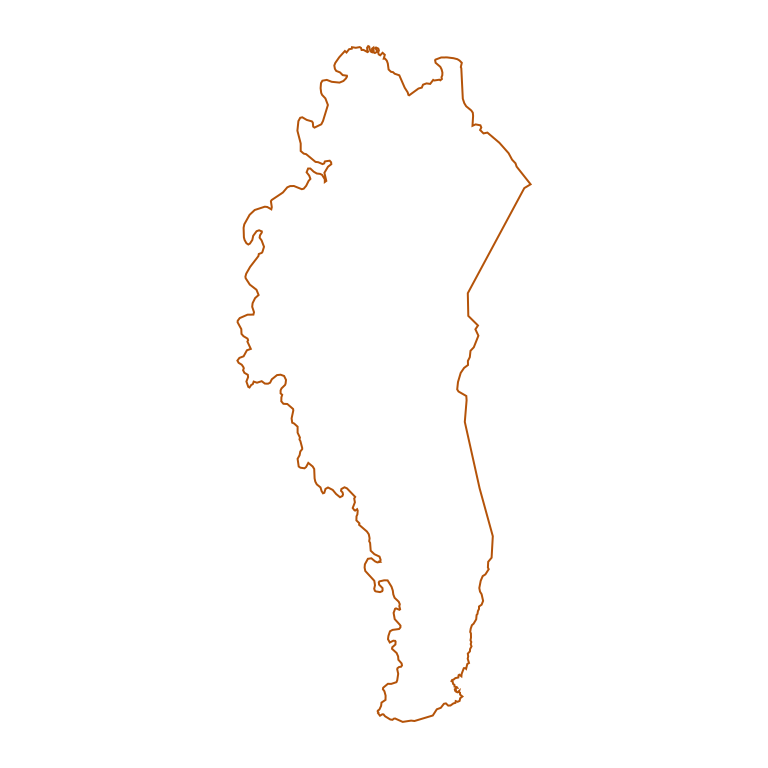 Indenie-Djuablin, Comoe, Ivory Coast
{"feature_id": "98640826B87987908031267", "entity_name": "Indenie-Djuablin", "entity_type": "district", "adm_level": 2, "iso_a3": "CIV", "parent_name": "Ivory Coast", "parent_adm1": "Comoe", "projection": "robinson", "projection_center": [-3.502, 6.624], "detail": "fine", "context": "isolated", "style": "outline", "palette": "amber", "viewbox_px": 768, "rotation_deg": 0, "n_neighbors": 0, "source": "geoboundaries", "source_scale": "gbopen_adm2", "svg_char_len": 6032}
<svg xmlns="http://www.w3.org/2000/svg" viewBox="0 0 768 768"><path d="M355.8,47.8L352.0,47.2L351.8,48.7L349.1,49.2L346.5,52.5L344.9,51.0L339.2,57.3L335.3,62.9L334.3,65.5L334.9,68.8L336.2,70.9L340.0,72.4L342.7,75.1L346.9,75.7L347.0,76.6L345.9,78.5L343.4,81.0L339.5,82.6L331.7,81.8L326.8,79.9L322.4,80.7L321.0,83.1L320.6,88.2L321.2,92.9L322.1,94.9L325.4,98.4L327.9,105.0L323.0,121.0L321.3,124.3L314.5,127.6L313.2,126.6L312.8,122.6L311.9,121.4L306.7,119.9L302.3,117.3L300.2,117.8L298.4,121.1L297.4,130.7L300.7,143.5L300.7,151.0L303.7,153.6L306.2,154.2L315.5,161.9L318.2,162.2L322.6,164.1L324.2,163.4L324.8,161.5L325.5,161.3L329.7,160.7L331.1,162.3L331.3,164.2L328.0,166.7L324.4,172.8L326.3,180.9L324.8,182.0L324.8,179.3L322.1,174.9L320.1,173.9L316.8,173.5L313.7,171.7L310.3,168.5L308.1,168.5L306.6,172.3L309.2,175.6L310.4,178.9L308.6,180.9L306.2,185.8L303.7,188.7L301.8,189.2L293.9,186.0L290.1,186.1L287.3,187.3L282.9,192.5L271.7,200.0L270.9,201.2L271.8,207.1L271.3,209.3L267.3,207.0L264.8,206.7L254.7,210.0L249.6,214.8L244.3,224.3L243.6,227.8L243.9,237.3L244.6,240.0L246.4,243.2L248.3,244.5L249.9,243.6L252.3,240.0L253.2,235.8L256.6,231.2L259.1,230.3L261.8,231.4L261.8,232.5L260.0,235.3L259.6,237.7L261.6,240.4L264.0,246.8L262.4,252.0L261.7,252.9L258.8,254.0L258.4,256.1L250.1,266.9L246.2,273.7L245.4,276.7L245.7,278.3L249.8,284.6L256.5,289.8L258.6,295.0L255.1,298.1L252.6,303.2L252.2,306.8L254.0,312.2L253.4,314.6L247.5,314.7L239.7,318.1L237.7,320.8L237.6,322.3L241.3,329.1L241.5,333.9L243.5,336.2L247.5,338.6L248.1,340.2L247.4,341.6L250.8,348.9L246.9,350.3L243.6,356.3L239.4,357.9L237.4,360.6L238.6,362.8L241.7,364.7L243.2,366.8L243.8,368.2L243.1,370.2L244.4,372.8L247.8,374.8L248.1,377.1L246.4,381.5L248.3,386.9L249.5,387.5L251.2,385.0L252.8,384.1L253.7,381.6L257.0,382.7L261.7,381.2L264.9,383.6L268.0,383.7L270.1,382.7L271.8,379.3L277.0,375.1L280.6,374.7L284.1,376.0L286.0,379.9L285.6,383.4L285.1,384.9L281.5,388.4L280.6,390.4L280.6,393.4L282.2,394.8L281.4,397.3L281.3,401.3L283.4,403.8L287.3,404.0L293.1,409.0L293.3,410.5L291.6,418.4L292.2,422.7L294.1,423.5L297.6,426.7L297.6,432.7L299.9,437.5L299.5,439.5L300.4,441.1L302.2,448.0L302.2,449.1L300.3,451.5L299.6,455.2L297.6,458.8L298.7,466.5L300.4,467.7L304.5,468.3L306.1,467.0L308.3,462.9L312.7,466.5L314.2,469.0L314.6,478.4L315.3,481.6L316.8,484.4L320.5,487.4L321.6,491.1L323.0,493.3L324.3,492.8L325.5,488.9L328.0,487.5L332.7,489.9L336.1,494.0L340.0,497.2L342.4,496.0L343.0,494.5L342.6,492.5L341.0,490.8L341.4,489.0L344.5,487.3L346.9,488.3L355.2,496.9L354.2,498.5L354.9,502.3L352.7,508.0L354.4,510.2L355.1,510.6L357.1,509.2L357.7,510.7L357.4,514.4L356.5,516.3L356.4,520.4L359.4,523.3L359.1,524.8L366.9,531.5L368.8,534.3L369.6,538.3L369.2,541.2L370.1,542.9L370.7,550.7L374.4,554.2L379.5,556.6L380.6,559.8L380.4,561.0L379.6,561.3L380.2,561.9L377.3,562.4L375.1,561.4L371.4,558.3L367.9,558.8L364.9,564.3L364.6,567.6L365.3,571.0L374.3,580.8L375.0,585.3L374.2,588.7L374.9,590.8L375.8,591.4L380.0,592.1L382.2,591.2L382.6,590.2L382.5,588.1L379.1,584.6L378.8,582.3L379.4,581.4L384.2,580.3L387.6,580.4L391.5,586.7L392.8,590.6L393.3,594.4L394.6,597.8L398.7,601.7L399.8,604.2L399.3,606.1L400.1,609.3L399.4,609.8L396.0,608.4L395.1,608.8L393.6,612.9L394.7,619.1L399.7,624.6L400.5,625.7L400.4,627.4L399.1,629.0L392.5,629.9L390.0,631.3L388.4,636.0L388.0,639.2L389.8,642.5L393.3,640.7L395.2,640.9L395.6,641.7L395.4,644.5L392.3,647.2L392.0,648.8L396.6,653.0L398.1,656.4L398.4,659.8L401.6,663.4L402.0,665.4L401.1,666.7L399.1,667.0L397.5,668.2L397.2,669.2L398.2,673.8L397.2,680.4L396.4,682.2L391.2,683.9L387.9,683.8L383.2,687.7L382.9,689.2L384.4,691.2L385.6,695.6L385.5,699.9L381.5,702.6L381.1,705.9L379.4,709.5L377.8,710.7L377.7,711.6L378.4,712.5L378.0,713.1L380.0,715.7L382.3,714.3L383.5,714.4L385.1,716.3L390.3,719.5L392.5,719.8L393.8,718.7L395.1,718.5L402.7,721.9L411.1,720.6L414.5,721.0L432.8,715.5L436.8,709.3L440.8,707.8L443.9,703.8L445.9,703.4L448.2,705.6L450.5,705.5L453.4,703.4L455.4,702.9L455.7,701.1L457.6,701.8L459.6,700.9L460.2,698.2L462.4,696.5L460.1,694.6L460.0,692.7L458.8,692.2L459.2,690.8L457.4,692.3L456.1,691.7L455.9,690.2L455.1,690.5L454.8,689.3L456.5,687.8L457.3,687.8L456.8,687.1L454.5,686.6L454.4,684.8L453.1,683.9L452.7,681.8L451.5,681.1L452.2,679.9L453.3,679.8L455.4,678.1L458.3,677.5L458.6,675.2L459.3,674.7L461.4,676.3L461.6,674.0L463.8,668.2L465.4,668.1L466.1,668.8L467.3,664.0L469.0,663.0L467.7,658.7L468.2,656.4L467.8,653.6L469.9,651.4L470.1,649.0L471.5,646.4L470.7,644.1L471.3,642.0L470.5,640.3L471.0,637.5L470.9,633.3L470.2,632.0L470.7,628.7L471.9,625.2L473.6,623.7L476.2,619.3L476.6,615.0L477.5,613.9L477.9,611.1L479.0,609.0L479.0,606.5L481.6,604.7L483.1,600.9L481.6,594.2L480.0,591.6L479.3,588.0L480.7,580.8L482.7,576.1L485.4,574.4L488.7,569.2L487.9,567.5L488.2,561.8L491.6,557.7L492.8,536.2L479.6,488.3L464.8,421.9L466.6,400.2L466.3,396.0L458.5,391.5L457.2,389.4L458.0,382.0L460.7,372.9L464.1,367.9L468.0,365.0L467.9,360.9L469.8,357.2L470.5,350.8L473.8,347.3L478.4,335.7L475.4,329.3L478.0,325.5L468.3,315.9L467.8,293.2L524.3,188.1L530.6,184.3L516.6,166.6L515.5,163.3L512.1,159.7L508.6,153.2L499.4,142.8L487.4,132.6L483.5,133.4L480.1,130.0L481.3,127.5L480.4,125.3L475.6,124.4L472.5,125.8L473.1,115.9L472.8,112.7L471.3,110.5L466.2,106.3L464.3,103.2L462.8,98.7L461.3,68.2L460.8,67.1L461.8,62.8L459.5,60.5L457.4,59.2L453.5,58.2L447.0,57.4L441.1,57.5L435.5,59.6L435.1,60.2L435.6,62.8L440.3,66.8L441.6,69.4L442.4,72.5L442.3,75.3L441.5,77.2L441.9,79.0L440.3,80.3L439.4,79.7L434.2,80.5L433.2,79.9L430.2,83.9L426.5,83.4L423.0,84.7L421.8,87.6L418.5,88.5L409.2,95.3L408.4,94.9L407.7,92.4L404.7,87.7L399.3,75.3L394.6,73.7L393.1,72.2L391.0,71.8L388.6,69.5L387.8,63.5L386.8,60.7L385.1,58.7L383.7,58.7L384.8,54.8L382.6,52.8L380.2,55.3L378.7,54.4L378.2,52.5L378.9,50.4L378.3,48.6L376.0,47.5L375.4,48.0L377.1,51.1L376.9,51.9L374.9,53.0L373.8,52.5L373.4,47.6L372.1,48.6L372.0,52.2L371.3,52.0L369.8,49.6L369.2,46.6L368.2,46.1L367.1,47.7L367.3,50.3L368.2,51.6L367.5,52.1L363.5,49.9L361.6,50.0L361.0,47.9L359.7,47.1L355.8,47.8Z" fill="none" stroke="#b45309" stroke-width="2"/></svg>